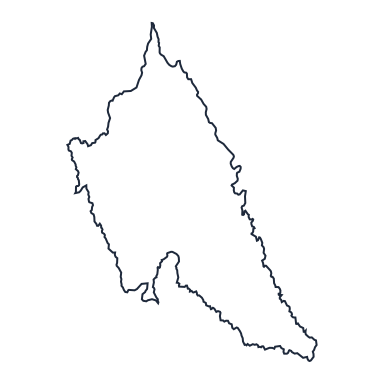 La Mar, Ayacucho, Peru (Equal Earth projection)
{"feature_id": "86281439B39408402026891", "entity_name": "La Mar", "entity_type": "district", "adm_level": 2, "iso_a3": "PER", "parent_name": "Peru", "parent_adm1": "Ayacucho", "projection": "equal_earth", "projection_center": [-73.706, -13.004], "detail": "fine", "context": "isolated", "style": "outline", "palette": "slate", "viewbox_px": 384, "rotation_deg": 0, "n_neighbors": 0, "source": "geoboundaries", "source_scale": "gbopen_adm2", "svg_char_len": 5972}
<svg xmlns="http://www.w3.org/2000/svg" viewBox="0 0 384 384"><path d="M316.0,340.4L314.4,339.8L311.8,337.4L309.6,337.6L308.2,336.6L305.8,334.4L305.4,332.3L305.6,330.7L304.4,331.9L303.7,331.8L303.2,328.0L300.0,326.5L297.9,323.4L296.9,324.0L296.1,323.8L295.4,317.5L293.2,317.4L291.9,316.4L291.4,315.6L292.0,314.4L291.7,313.1L290.9,312.1L289.4,311.4L289.8,308.9L289.6,307.1L288.7,306.2L287.0,305.5L284.9,301.1L283.6,300.9L281.8,302.1L281.1,299.7L279.8,298.7L279.8,297.3L281.7,295.0L280.2,294.7L279.6,295.4L278.7,294.7L278.7,293.7L279.9,293.5L280.3,292.7L280.4,290.4L279.8,288.8L278.5,287.1L275.6,287.0L275.3,285.5L274.1,283.2L273.8,278.6L272.5,276.8L271.4,276.8L270.8,275.9L271.3,273.3L270.9,271.3L270.2,270.3L266.1,265.8L265.0,265.7L264.0,266.8L263.5,266.4L263.1,263.1L262.1,260.6L264.8,258.8L265.5,255.7L263.6,252.8L264.1,248.9L263.6,247.2L261.9,245.4L262.3,242.9L260.9,239.2L260.0,237.6L259.2,237.3L258.0,240.2L256.9,240.7L255.9,236.7L251.5,234.1L251.5,233.5L252.5,232.9L253.2,231.5L253.3,228.9L254.6,228.2L253.8,226.9L252.2,226.4L251.4,224.1L251.3,222.6L252.9,220.7L253.2,219.4L252.6,218.9L251.6,219.5L249.7,219.3L248.6,216.9L248.8,214.8L247.9,214.3L245.4,210.7L244.5,211.3L244.0,214.4L243.1,215.0L242.2,214.7L242.4,210.5L241.6,207.5L242.2,206.2L243.9,205.6L245.3,203.0L245.0,196.3L245.8,191.1L242.9,190.4L239.7,194.4L238.3,194.7L237.3,193.6L235.1,193.3L234.3,192.4L233.8,190.5L233.9,187.6L231.6,185.5L232.0,184.6L234.8,183.2L237.5,180.7L237.8,178.9L236.8,175.8L236.9,173.4L237.2,172.7L239.4,171.7L240.6,168.8L240.7,167.0L239.7,165.9L238.5,166.1L236.6,167.0L234.2,169.0L232.9,168.2L231.7,166.4L230.7,163.7L230.8,161.9L233.6,157.7L233.9,156.3L233.3,154.8L228.2,149.6L223.5,143.9L217.8,140.3L217.2,137.9L215.3,134.6L215.3,133.2L216.1,130.5L215.7,127.9L212.0,123.2L210.0,122.9L208.9,122.1L208.2,119.0L205.9,114.9L205.8,112.2L206.6,109.0L206.2,106.8L203.6,103.9L201.2,99.6L197.1,95.8L197.0,94.7L198.0,93.2L198.1,91.9L197.0,90.5L195.8,87.7L192.3,83.0L191.1,79.2L188.3,79.2L187.1,77.4L186.9,73.6L186.2,72.7L184.3,72.4L183.3,71.4L181.8,68.7L180.2,64.0L179.8,60.9L178.3,61.0L176.9,61.8L176.2,64.7L174.9,66.2L172.8,66.6L171.4,66.2L169.3,64.9L167.5,62.8L163.7,56.2L161.0,54.6L159.9,53.3L159.6,52.2L159.7,47.4L158.7,45.8L159.1,42.9L158.5,42.1L158.6,39.2L157.6,36.8L156.8,32.9L153.9,28.0L154.0,25.4L152.8,23.2L151.7,23.0L151.9,26.8L150.7,34.5L151.2,38.9L148.1,43.5L147.2,46.8L146.9,50.2L145.6,51.9L144.1,55.7L145.7,63.9L144.1,66.2L142.5,66.7L141.5,68.1L141.3,70.1L142.1,72.7L141.5,75.3L139.0,79.9L136.5,87.5L130.8,91.0L123.9,91.4L121.8,94.2L119.8,93.5L118.3,95.3L114.9,96.2L114.0,97.4L112.6,100.7L111.7,100.5L110.2,101.2L109.0,102.8L108.8,105.6L107.7,110.0L108.1,112.6L110.1,118.1L108.5,122.9L108.1,126.7L107.1,129.5L108.0,131.3L107.8,133.3L105.9,135.0L104.5,133.3L102.9,133.4L102.4,134.4L100.9,134.7L100.2,135.4L98.5,138.2L95.5,140.1L95.5,141.9L95.0,142.7L92.2,143.1L90.9,145.2L88.1,146.2L87.6,144.3L85.2,141.0L83.4,141.3L83.5,143.0L82.2,143.4L81.0,143.1L79.7,139.8L78.9,139.4L78.1,137.9L76.9,138.4L75.9,138.1L75.0,138.9L74.3,138.3L72.9,138.8L71.9,140.0L70.6,140.6L69.7,143.9L67.4,144.9L68.5,146.9L68.4,149.2L68.8,150.5L70.9,151.3L71.8,152.8L71.5,155.8L72.6,157.5L71.8,159.2L72.1,160.2L74.1,161.5L75.6,164.4L75.7,165.8L76.4,167.3L75.8,169.1L78.0,171.1L78.6,172.7L77.9,175.3L77.1,175.9L77.0,177.0L77.9,178.0L78.0,179.1L78.8,180.3L79.2,184.3L79.0,185.3L78.1,186.0L76.6,186.1L76.0,186.8L75.9,192.0L75.3,193.1L79.1,192.3L80.7,190.7L82.7,187.4L86.3,185.4L86.4,188.6L88.6,192.2L88.3,194.6L89.3,197.0L88.5,198.9L89.0,201.6L89.3,202.2L92.4,203.2L93.0,205.1L92.1,207.0L91.8,210.0L90.6,211.2L91.4,213.1L93.6,214.4L94.3,217.0L94.5,221.5L96.3,223.8L97.1,225.8L98.3,225.8L99.8,223.7L101.1,225.6L101.2,227.7L102.0,228.3L102.5,229.6L101.9,231.0L102.1,232.6L104.2,233.9L104.9,235.1L104.5,237.0L105.7,238.5L107.6,243.0L108.9,244.3L108.5,248.6L112.8,252.6L115.1,252.5L114.8,254.3L115.1,255.7L115.7,256.9L117.3,258.2L117.1,262.9L116.5,264.7L116.7,265.8L118.7,268.0L121.2,272.6L120.7,276.9L121.4,279.1L121.0,281.7L121.6,284.3L121.5,285.8L122.9,287.5L123.9,290.0L125.3,292.0L127.3,292.3L128.3,290.2L128.9,289.9L134.6,290.3L136.9,289.1L141.6,283.9L147.6,283.3L147.1,288.9L145.5,291.0L145.1,292.1L142.5,294.2L141.9,299.3L143.3,300.8L146.3,301.3L147.8,300.3L152.0,299.2L155.9,300.4L158.1,303.2L158.4,302.2L157.8,301.0L157.8,299.2L156.4,297.5L153.8,292.4L154.5,289.3L154.0,288.0L152.9,287.1L153.9,282.4L153.6,279.5L155.4,277.7L156.5,277.3L156.3,276.2L157.3,274.2L157.8,269.9L157.6,267.6L158.0,267.1L159.5,267.8L159.9,267.4L160.3,265.3L160.1,263.2L162.0,261.3L161.7,260.0L163.5,259.4L166.9,256.9L167.4,255.8L167.1,253.7L167.4,253.1L171.1,251.8L172.5,251.9L176.5,254.0L178.3,256.0L178.8,257.7L179.0,261.5L175.8,266.3L176.5,267.9L176.3,268.7L177.2,270.2L177.4,273.2L178.3,277.4L176.8,282.7L178.2,282.9L179.4,283.8L178.9,285.5L179.1,286.6L184.7,286.9L185.9,285.6L187.0,285.6L187.8,288.6L188.6,288.5L190.0,289.7L189.9,291.5L191.6,290.9L192.8,292.3L193.5,292.5L196.2,291.4L196.9,293.1L196.9,294.1L197.7,295.5L199.2,295.4L201.9,297.7L203.3,300.1L203.5,301.7L205.8,302.9L206.2,305.3L208.9,306.4L210.0,306.2L210.9,309.2L211.5,309.1L212.7,307.8L213.3,307.9L214.4,308.8L216.3,311.9L218.0,311.1L220.0,311.8L220.5,312.8L219.9,316.1L220.6,320.3L223.2,320.5L224.3,321.6L226.1,320.7L228.0,320.8L229.1,323.3L231.7,324.3L232.3,327.8L233.8,329.2L236.6,327.5L237.7,327.9L239.9,331.1L241.1,333.5L241.5,335.5L242.7,338.2L243.0,341.5L244.6,344.8L245.3,344.5L246.5,345.3L247.6,344.0L249.8,345.7L252.8,344.2L254.8,344.8L256.5,344.3L258.0,345.4L258.4,347.1L259.9,346.8L261.1,347.3L262.1,346.3L263.3,346.4L265.0,349.6L269.5,347.8L272.4,347.9L274.3,348.7L275.1,346.7L280.1,346.0L281.4,348.1L283.8,349.3L283.5,351.9L284.2,353.7L286.9,353.7L288.1,352.8L289.0,350.5L289.5,350.2L291.2,350.9L292.0,352.1L294.6,353.6L297.3,353.2L303.1,357.8L307.1,356.9L307.5,358.8L308.5,360.5L309.7,361.0L310.9,360.4L313.6,356.8L313.5,353.9L312.8,351.7L314.1,349.9L315.0,347.2L316.6,345.0L316.0,340.4Z" fill="none" stroke="#1e293b" stroke-width="2"/></svg>